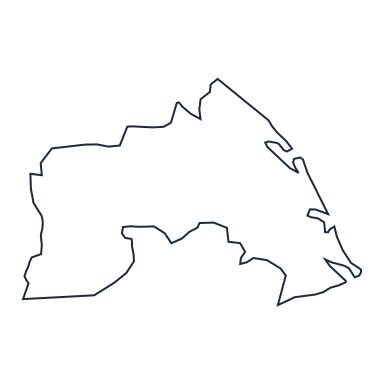 the border of Mulativ
{"feature_id": "LKA-2458", "entity_name": "Mulativ", "entity_type": "District", "adm_level": 1, "iso_a3": "LKA", "parent_name": "Sri Lanka", "parent_adm1": "", "projection": "orthographic", "projection_center": [80.639, 9.196], "detail": "fine", "context": "isolated", "style": "outline", "palette": "slate", "viewbox_px": 384, "rotation_deg": 0, "n_neighbors": 0, "source": "natural_earth", "source_scale": "10m", "svg_char_len": 1811}
<svg xmlns="http://www.w3.org/2000/svg" viewBox="0 0 384 384"><path d="M217.6,78.9L268.6,120.4L269.1,121.2L272.1,126.3L276.9,132.3L286.2,141.1L292.1,148.7L286.9,151.5L283.9,150.2L283.6,150.0L279.0,144.1L276.5,142.8L276.4,142.8L268.6,141.5L265.2,142.6L266.9,146.0L267.5,147.1L289.9,168.1L298.6,172.9L295.2,167.5L293.1,162.5L294.1,158.9L300.1,157.5L302.9,159.4L307.5,172.9L311.7,181.2L328.1,214.1L324.8,212.9L315.6,209.5L309.9,209.4L307.5,215.6L310.9,217.2L317.9,218.3L324.1,222.3L324.2,222.8L325.1,232.2L328.1,232.2L329.5,229.7L330.8,228.6L332.3,227.9L334.3,226.5L336.5,235.3L336.7,236.3L342.8,250.3L351.0,262.9L359.3,268.3L360.0,268.8L361.0,269.6L360.9,272.7L358.9,275.8L354.9,277.2L353.8,275.9L349.0,268.3L343.9,265.6L332.0,262.5L325.2,259.4L328.3,263.8L330.1,266.2L345.7,280.8L345.7,282.3L338.8,285.3L330.5,287.7L323.1,292.2L314.8,294.6L294.8,297.2L277.9,305.1L285.8,275.5L280.6,268.5L266.9,260.1L253.3,258.0L246.9,262.3L240.2,264.0L240.9,258.0L245.1,251.9L240.1,243.1L228.5,241.8L226.9,227.8L213.6,222.6L199.5,223.0L198.5,225.2L197.7,227.4L193.6,229.7L189.4,231.8L182.0,238.5L171.4,243.2L164.7,233.2L153.9,226.4L139.1,226.8L130.8,226.3L123.0,227.0L121.9,233.4L125.2,237.9L131.6,239.0L132.0,242.5L132.0,246.4L133.5,253.9L134.0,261.3L126.3,273.0L114.3,282.7L94.2,295.3L23.0,299.1L28.5,283.4L26.6,280.5L24.5,276.5L26.0,271.5L28.3,266.5L29.7,261.7L31.7,257.4L41.1,254.1L41.8,245.2L40.8,234.9L42.4,228.6L42.8,222.0L42.3,218.7L41.5,215.6L33.5,202.9L30.9,188.7L30.4,173.8L41.8,175.2L40.7,163.1L51.9,148.4L85.0,144.6L96.8,144.4L108.4,146.6L119.8,145.5L127.3,126.6L133.0,126.4L152.7,127.4L163.6,126.8L170.9,122.8L176.8,103.0L178.9,102.4L182.2,106.5L190.6,113.7L200.5,119.1L199.3,109.2L200.6,99.2L209.8,92.0L210.7,84.7L212.8,82.6L215.0,81.1L217.6,78.9L217.6,78.9Z" fill="none" stroke="#1e293b" stroke-width="2"/></svg>